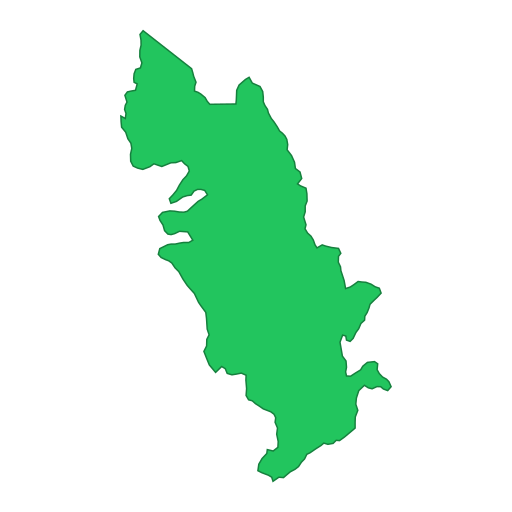 Tietê, São Paulo, Brazil (Robinson projection)
{"feature_id": "56859067B13135315679807", "entity_name": "Tietê", "entity_type": "district", "adm_level": 2, "iso_a3": "BRA", "parent_name": "Brazil", "parent_adm1": "São Paulo", "projection": "robinson", "projection_center": [-47.707, -23.049], "detail": "fine", "context": "isolated", "style": "filled", "palette": "green", "viewbox_px": 512, "rotation_deg": 0, "n_neighbors": 0, "source": "geoboundaries", "source_scale": "gbopen_adm2", "svg_char_len": 3529}
<svg xmlns="http://www.w3.org/2000/svg" viewBox="0 0 512 512"><path d="M339.5,440.6L344.5,437.0L349.9,432.5L355.1,428.1L355.1,422.0L355.3,416.9L357.8,410.3L355.8,404.2L356.4,398.0L358.8,390.6L364.4,385.3L368.3,387.8L372.1,388.8L376.9,386.6L380.7,386.7L383.4,389.0L387.7,390.6L391.1,386.7L388.9,381.7L386.5,379.2L382.5,377.0L379.3,373.6L377.1,369.7L377.7,363.8L374.5,361.6L367.4,362.4L362.8,366.2L360.6,369.9L355.5,373.0L350.6,376.2L346.5,376.0L345.6,371.9L346.5,367.3L346.0,361.0L342.4,356.1L340.0,342.2L342.6,335.1L345.8,336.0L346.5,340.1L350.1,341.4L353.1,338.4L355.9,332.5L358.7,328.7L360.9,323.5L364.6,320.1L364.8,316.3L367.1,312.6L369.0,307.9L370.0,304.3L373.9,300.4L377.2,297.3L381.1,293.1L379.3,288.2L375.2,286.8L371.1,284.2L365.9,282.3L361.8,282.0L358.1,281.5L353.8,284.7L350.3,287.0L345.6,288.6L344.1,280.5L342.2,274.6L340.9,270.7L340.5,266.8L338.3,262.2L338.5,256.3L340.8,253.3L338.5,248.4L331.5,247.5L325.7,246.1L322.2,244.9L317.0,247.9L315.0,244.8L313.3,240.0L311.0,236.2L307.6,233.1L305.0,228.8L306.0,224.8L303.6,217.0L305.2,211.8L305.2,205.9L307.1,201.0L306.9,193.8L306.0,188.2L300.4,185.8L297.5,183.9L301.7,178.5L300.0,172.0L295.4,168.5L294.5,162.2L291.5,155.5L287.1,149.8L287.7,144.6L286.8,139.4L285.0,136.0L282.4,133.2L279.6,131.0L277.3,126.9L274.0,121.9L271.3,118.5L268.4,113.0L267.5,109.4L264.9,105.5L263.3,101.8L263.3,97.2L262.7,91.5L260.0,86.5L252.3,83.1L249.1,77.3L245.4,79.5L239.1,85.0L236.7,90.3L236.5,95.6L236.3,100.1L235.9,104.0L209.8,104.3L207.2,101.3L205.1,97.6L200.9,94.1L198.0,92.3L194.5,91.1L194.7,86.2L196.0,82.2L193.7,76.4L192.8,72.8L191.6,68.7L143.1,30.7L140.0,34.4L141.0,40.1L141.1,45.1L139.9,50.4L139.8,56.9L141.9,62.9L140.4,67.9L135.8,69.4L134.1,73.8L133.7,78.5L134.1,82.3L137.2,83.9L135.5,90.3L130.9,91.1L127.4,91.9L124.9,95.3L127.0,102.1L125.3,105.3L124.6,109.4L126.0,113.5L125.3,118.5L120.9,116.1L121.1,121.8L121.6,127.2L125.7,132.2L127.9,138.8L130.9,143.2L131.8,148.4L130.5,154.3L130.7,161.2L133.2,166.1L137.6,168.1L142.8,169.4L149.9,166.7L153.9,163.8L161.8,166.5L170.9,162.8L175.8,162.6L181.6,160.6L184.6,163.8L188.0,166.4L189.3,171.0L186.5,175.9L182.9,179.7L179.4,185.1L176.6,190.4L173.0,194.8L169.3,198.7L170.9,203.3L176.5,201.4L182.7,197.0L187.2,195.6L191.2,195.1L194.0,191.1L197.5,189.4L201.0,189.4L204.7,190.4L207.5,194.8L201.8,199.2L198.2,201.3L190.9,207.9L187.4,211.2L183.9,212.2L179.3,212.0L174.6,211.2L169.8,210.9L162.5,212.4L158.6,216.5L160.0,220.4L163.0,225.0L164.6,230.7L167.9,234.1L171.1,234.6L174.7,233.6L179.5,231.3L187.7,231.9L192.8,240.2L188.8,242.5L183.5,242.5L179.7,243.1L175.1,244.1L171.0,244.1L167.7,244.7L159.8,248.6L158.3,254.3L161.1,257.5L165.7,259.7L168.7,260.8L171.8,263.0L175.1,267.9L178.8,271.6L182.9,279.0L187.2,285.4L190.0,288.6L194.4,293.5L198.6,302.4L201.0,305.9L205.8,312.4L206.5,318.3L207.2,329.1L209.1,334.8L206.8,339.4L206.6,346.0L203.9,351.4L206.7,358.5L209.3,364.9L215.6,372.4L221.7,366.5L225.3,368.7L227.2,373.4L231.9,374.8L236.3,374.1L241.3,373.1L246.1,375.2L245.9,380.2L246.6,388.6L246.1,395.5L248.6,399.8L252.3,400.8L255.5,403.7L258.4,405.5L263.3,408.9L267.0,410.3L270.8,411.8L274.0,414.2L275.7,417.7L275.1,422.3L277.5,428.0L276.7,434.2L278.2,441.5L277.9,447.3L273.2,451.0L267.3,449.6L266.8,453.5L262.1,458.5L258.8,464.2L257.9,470.7L261.8,472.7L268.4,475.2L271.7,477.2L273.0,481.3L278.9,477.2L283.5,477.6L286.6,474.9L290.3,471.8L295.0,469.3L298.5,466.6L301.4,462.2L304.6,458.9L306.8,454.3L310.0,452.8L315.8,448.8L321.0,445.5L323.8,443.1L327.9,444.3L333.1,443.4L336.2,440.3L339.5,440.6Z" fill="#22c55e" stroke="#15803d" stroke-width="1.5"/></svg>